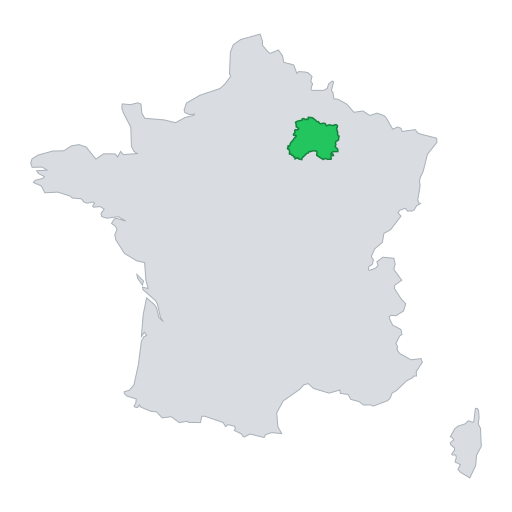 France, with Marne highlighted
{"feature_id": "FRA-5323", "entity_name": "Marne", "entity_type": "Metropolitan department", "adm_level": 1, "iso_a3": "FRA", "parent_name": "France", "parent_adm1": "", "projection": "mercator", "projection_center": [4.087, 48.967], "detail": "fine", "context": "in_parent", "style": "filled", "palette": "green", "viewbox_px": 512, "rotation_deg": 0, "n_neighbors": 0, "source": "natural_earth", "source_scale": "10m", "svg_char_len": 6767}
<svg xmlns="http://www.w3.org/2000/svg" viewBox="0 0 512 512"><path d="M420.4,203.6L416.6,205.7L414.2,210.0L411.8,211.0L407.4,211.0L405.3,208.3L400.0,210.1L397.9,212.8L401.0,216.1L390.5,229.8L383.9,233.4L382.4,242.3L374.6,249.0L371.6,255.9L371.4,257.3L373.4,259.6L372.5,264.1L368.6,267.0L368.6,269.9L369.7,270.3L375.8,268.0L378.1,265.3L376.9,261.7L383.0,257.2L393.9,258.3L395.2,264.3L393.8,269.3L401.7,280.2L394.8,285.2L394.4,288.5L401.4,299.3L405.8,303.8L403.5,311.0L396.0,315.7L391.3,315.3L389.3,316.5L389.5,318.7L392.7,325.2L400.8,329.4L402.0,334.3L399.7,336.0L396.0,343.4L397.6,347.0L397.0,348.6L397.8,351.1L400.0,353.6L411.0,359.8L421.0,358.6L422.3,362.2L416.2,371.7L416.5,376.0L413.4,376.1L412.9,377.6L406.7,380.7L396.7,390.3L392.1,393.1L390.2,398.0L387.5,400.7L373.2,406.1L370.5,404.9L363.5,405.0L359.2,401.6L350.8,399.4L348.1,394.4L340.3,393.4L339.9,390.0L329.0,393.1L313.6,388.5L308.2,383.6L303.7,384.9L299.8,389.3L283.2,400.9L276.7,412.9L277.9,426.8L281.7,433.6L271.7,432.6L265.7,434.6L264.1,437.5L249.9,434.0L244.6,436.9L243.2,436.7L241.3,433.8L234.3,430.5L235.4,428.3L234.5,426.2L227.9,424.6L225.6,426.6L223.1,422.5L204.7,416.2L201.7,416.3L200.5,422.6L188.7,422.4L187.0,421.3L179.3,422.6L171.2,416.7L162.2,417.9L156.6,411.8L151.2,411.4L143.6,408.3L140.2,406.7L139.7,404.9L137.5,407.6L134.7,407.0L134.0,406.2L135.9,402.8L136.2,398.9L126.7,396.0L124.2,393.2L124.2,391.7L129.3,390.3L133.9,384.9L138.3,365.0L141.4,341.2L143.8,336.7L146.7,335.5L144.3,332.2L141.4,336.5L143.2,314.5L146.6,297.9L154.6,304.7L156.5,307.7L158.9,317.5L163.4,321.7L160.5,317.7L157.6,304.5L155.7,300.8L143.0,289.7L142.5,287.2L148.2,288.5L145.9,280.2L144.6,262.6L136.8,260.9L124.4,253.4L115.8,239.8L114.8,234.7L117.1,229.3L115.1,225.9L111.5,223.5L114.3,218.9L116.8,218.4L125.8,221.1L118.5,216.7L106.6,218.2L101.8,216.6L101.0,213.4L104.2,209.2L100.2,206.6L93.4,207.2L92.6,206.1L94.6,203.1L92.9,202.0L87.3,203.2L84.2,202.2L81.2,198.8L72.2,198.0L70.2,196.1L57.8,192.1L44.9,192.8L41.3,185.9L33.4,182.6L34.9,180.4L42.8,178.4L44.4,176.5L38.6,173.6L36.6,170.8L47.1,170.1L42.3,167.1L32.1,167.3L30.7,163.2L32.0,158.9L38.0,155.1L52.9,151.0L63.7,150.8L71.4,145.9L78.9,144.6L86.1,147.0L95.9,159.1L103.6,153.8L115.2,153.9L117.6,156.9L120.6,151.4L123.2,154.6L137.3,153.6L134.0,151.4L131.4,146.3L130.8,127.2L123.6,113.3L121.8,108.2L122.2,103.9L130.6,104.7L137.6,102.8L141.0,104.1L141.8,113.1L144.8,118.3L164.2,119.9L175.5,122.7L184.9,117.6L193.8,115.3L194.5,114.1L189.4,114.6L184.7,112.4L184.1,110.1L186.5,103.0L200.0,95.2L219.8,88.6L224.9,84.1L230.8,76.1L229.5,74.0L230.4,52.0L233.3,44.7L240.8,39.5L260.1,34.1L262.5,41.2L262.4,45.2L267.5,51.4L270.0,53.4L278.4,50.0L282.5,55.8L283.7,62.3L293.8,65.0L296.8,73.4L298.6,71.6L305.0,72.0L307.9,72.7L312.0,76.4L310.8,81.4L312.6,83.9L310.9,88.5L312.1,90.4L323.7,90.4L327.2,88.4L328.8,83.7L332.3,81.0L333.6,81.8L331.4,90.5L333.0,92.7L333.9,98.8L338.2,99.3L346.8,104.2L354.0,112.3L362.9,111.0L369.9,115.5L377.1,113.1L383.9,115.6L386.3,117.9L392.7,129.2L397.6,127.0L401.0,128.3L402.1,131.5L415.2,129.6L417.5,132.8L420.2,134.0L436.7,138.2L436.9,142.4L427.4,154.4L423.2,171.3L420.4,177.1L419.4,181.4L420.1,184.3L419.7,188.9L417.7,199.8L418.8,202.9L420.4,203.6ZM479.1,417.6L478.2,423.9L480.5,428.4L481.3,446.4L476.6,455.1L475.7,465.5L469.8,477.9L460.6,472.4L457.9,469.3L460.4,464.6L455.1,462.0L456.3,457.4L455.8,455.1L452.0,454.9L451.8,453.7L454.6,450.1L454.5,447.9L451.0,445.1L450.3,442.7L453.7,439.9L452.2,437.4L450.3,436.7L454.9,428.6L458.1,426.1L465.3,423.8L468.3,420.7L473.0,422.4L473.8,421.6L475.4,408.5L477.0,408.3L478.5,410.1L479.1,417.6ZM143.5,281.1L142.4,285.1L137.6,278.3L136.9,274.5L143.5,281.1Z" fill="#d9dde1" stroke="#a8b0b8" stroke-width="1"/><path d="M337.8,151.6L333.8,151.6L331.8,152.3L330.9,154.0L331.6,153.9L332.9,154.0L333.4,155.5L333.1,155.5L331.3,156.0L331.0,156.3L330.8,156.8L330.8,157.2L331.3,158.6L331.3,159.0L330.9,159.2L327.6,159.3L325.4,158.5L324.7,158.6L323.5,159.4L323.1,159.5L316.9,155.5L316.7,155.3L316.6,154.9L316.9,153.5L317.0,152.5L316.9,152.0L316.8,151.5L316.5,151.2L316.2,151.0L312.7,150.8L310.2,151.7L309.6,151.5L309.0,151.6L308.4,152.9L307.7,153.1L307.2,153.2L306.9,153.3L303.0,157.1L302.4,157.5L302.2,157.9L302.0,158.4L301.8,159.6L301.2,159.5L299.9,159.3L298.6,158.9L298.5,158.7L298.1,157.9L297.9,157.8L297.8,157.7L297.6,157.6L297.5,157.8L297.3,158.0L297.1,158.2L296.4,158.3L295.7,158.5L295.1,158.9L295.0,158.4L294.7,157.1L294.0,157.1L292.9,155.4L292.0,155.4L291.3,154.5L291.1,154.1L290.9,154.0L290.7,154.0L290.1,154.2L289.8,154.2L289.5,154.1L289.4,153.7L289.4,153.1L289.7,152.0L289.6,151.5L289.4,150.7L289.3,150.1L289.1,149.9L288.9,149.7L288.6,149.5L288.5,149.1L288.4,149.0L288.3,148.9L288.2,148.9L287.8,148.9L287.6,148.9L287.5,148.7L287.5,148.4L287.6,148.0L287.8,147.6L288.2,147.2L288.5,147.0L288.4,146.7L288.0,146.4L287.9,146.1L288.0,145.9L288.3,145.8L289.4,145.8L289.7,145.7L289.9,145.4L290.0,145.2L290.1,144.1L290.6,143.1L290.9,142.5L291.2,142.1L293.1,140.1L293.4,139.8L293.5,139.3L293.7,138.9L294.0,138.6L294.6,138.2L294.9,137.5L295.5,137.0L295.8,136.8L296.0,136.5L296.2,136.2L296.2,135.8L296.0,135.5L295.8,135.4L295.4,135.3L295.1,135.3L294.1,135.4L293.8,135.4L293.6,135.2L293.5,134.8L293.5,134.6L293.5,134.3L293.5,134.1L294.0,133.8L294.2,133.5L294.5,133.1L294.8,132.6L294.9,132.2L294.9,131.9L294.7,131.2L294.7,130.9L294.7,130.6L294.8,130.3L294.9,130.1L295.1,129.9L295.5,129.7L295.8,129.7L297.2,129.9L297.5,129.9L297.9,129.8L298.2,129.6L298.4,129.2L298.6,128.8L298.5,128.5L298.4,128.3L297.9,128.0L297.6,127.8L297.5,127.5L297.3,127.3L297.0,127.2L296.7,127.1L296.3,126.9L296.3,126.6L296.2,126.2L296.1,124.2L296.0,123.8L295.9,123.4L295.6,122.7L295.5,122.4L296.1,121.9L297.2,121.3L299.9,120.6L301.8,120.3L302.1,120.2L302.2,119.7L302.1,119.4L302.1,119.1L302.3,118.8L302.7,118.6L303.5,118.6L303.9,118.7L304.2,118.8L305.1,119.5L305.4,119.5L305.7,119.5L306.1,119.2L306.4,119.1L306.7,119.1L307.2,119.5L307.6,119.6L307.8,119.5L308.0,119.3L308.2,118.9L308.3,118.6L308.3,117.3L311.8,117.6L312.7,117.9L315.8,120.4L316.6,121.3L317.1,121.6L317.6,121.7L318.0,121.6L318.4,121.6L319.6,123.4L320.7,123.7L323.9,123.2L324.7,123.3L325.4,123.9L326.0,125.2L326.6,125.7L329.3,124.8L332.9,125.6L335.1,124.7L336.2,124.7L337.4,125.6L337.4,126.9L337.0,127.7L336.7,128.2L336.6,128.6L336.6,129.0L337.4,131.2L337.6,132.0L337.6,132.6L337.6,134.7L337.8,135.2L338.0,135.5L338.6,135.7L338.9,136.0L339.1,136.4L339.1,136.7L339.0,136.9L338.9,137.0L338.7,137.4L338.6,137.9L338.6,138.6L338.6,139.1L338.6,139.5L338.5,139.8L338.3,140.1L338.1,140.3L337.9,140.4L337.7,140.6L336.6,140.9L336.3,141.0L336.0,141.4L335.8,141.9L335.6,142.8L335.5,143.3L335.6,143.8L335.8,144.2L335.9,144.6L335.8,145.0L335.3,145.7L335.1,146.3L335.1,146.7L335.3,147.0L336.5,147.9L337.5,148.9L337.6,149.1L337.8,150.3L337.8,151.6Z" fill="#22c55e" stroke="#15803d" stroke-width="1.5"/></svg>